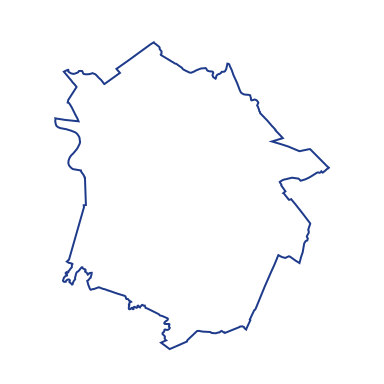 the district of Gaiseni, Giurgiu, Romania, rotated 173°
{"feature_id": "2599482B30657181659472", "entity_name": "Gaiseni", "entity_type": "district", "adm_level": 2, "iso_a3": "ROU", "parent_name": "Romania", "parent_adm1": "Giurgiu", "projection": "robinson", "projection_center": [25.635, 44.506], "detail": "fine", "context": "isolated", "style": "outline", "palette": "blue", "viewbox_px": 384, "rotation_deg": 173, "n_neighbors": 0, "source": "geoboundaries", "source_scale": "gbopen_adm2", "svg_char_len": 5947}
<svg xmlns="http://www.w3.org/2000/svg" viewBox="0 0 384 384"><g transform="rotate(173 192 192)"><path d="M252.0,323.4L249.0,319.0L265.8,309.8L266.0,309.9L266.7,311.2L268.7,314.5L270.7,316.8L273.0,320.0L273.9,320.8L276.1,322.0L276.3,322.1L278.0,321.7L280.0,321.5L282.6,321.7L284.3,322.1L285.1,322.4L285.5,322.9L285.8,323.8L286.0,324.9L286.4,325.5L288.3,325.8L289.6,325.8L290.3,324.8L291.2,324.4L294.3,323.7L295.5,323.7L297.8,324.6L300.0,326.5L300.2,327.0L299.8,328.1L300.1,328.4L301.8,328.0L304.5,327.0L298.3,317.5L297.1,315.3L295.2,312.8L294.6,311.6L294.0,311.0L293.8,310.6L293.9,310.1L303.4,298.7L303.7,298.2L304.5,295.9L303.8,295.7L303.4,295.5L302.4,293.7L300.9,290.2L298.4,283.1L296.8,279.0L296.0,276.0L309.1,279.0L318.6,281.7L318.5,281.2L319.1,279.2L319.1,277.7L318.8,275.2L318.4,274.1L317.6,273.2L316.8,272.5L315.0,271.5L309.3,269.7L304.1,267.4L300.9,265.6L300.0,264.9L298.9,263.7L297.7,261.4L297.1,259.9L297.0,255.3L297.5,253.8L299.8,250.2L301.3,248.4L304.9,245.0L307.5,243.0L308.7,241.7L309.7,240.2L310.6,238.4L310.9,237.4L311.2,235.8L311.0,234.2L310.7,233.2L309.4,231.2L308.7,230.4L308.0,229.7L307.3,229.2L299.6,226.9L299.7,226.1L297.3,221.5L296.8,219.2L296.5,219.2L298.9,192.0L301.1,192.0L301.1,190.0L322.3,139.9L324.7,138.2L323.3,137.0L322.4,136.5L320.8,136.0L319.5,135.3L319.4,135.1L320.0,134.6L320.5,131.9L321.8,130.8L322.6,130.0L323.1,129.3L324.2,128.6L324.3,127.8L324.5,127.5L325.0,127.2L325.3,127.5L326.1,127.8L327.2,127.1L327.3,126.3L326.6,126.0L326.3,125.6L326.1,124.7L326.2,124.4L327.7,124.0L328.5,123.5L329.6,122.5L330.8,119.9L330.8,119.4L329.9,118.4L329.2,118.3L328.6,118.3L328.1,118.4L328.0,118.9L326.9,119.9L325.5,120.3L324.7,120.1L324.2,119.7L324.0,119.1L324.7,117.7L323.1,115.8L322.5,115.3L322.4,114.1L322.1,114.8L321.5,115.3L321.3,116.3L320.3,117.9L318.6,119.7L318.6,120.9L316.8,125.5L315.8,126.7L314.8,127.0L313.8,127.8L313.2,128.3L312.5,129.1L310.7,130.7L310.2,130.6L310.4,130.1L309.7,129.8L309.2,129.1L308.4,128.6L307.7,128.4L307.2,127.9L307.2,127.1L307.7,126.6L307.8,126.0L306.6,125.0L306.0,124.0L305.5,122.7L304.8,123.0L304.2,123.7L303.5,124.0L302.6,124.1L301.4,124.0L301.9,122.1L302.7,120.4L303.0,119.3L304.2,118.7L304.8,117.8L305.7,117.1L306.8,116.6L306.7,115.6L306.5,114.8L306.3,112.5L306.0,111.7L305.3,108.9L304.9,107.9L304.6,107.4L303.8,107.4L302.2,107.7L301.0,107.7L296.1,108.8L294.0,107.7L291.9,106.6L290.1,106.0L287.6,104.6L287.2,104.4L287.1,104.5L279.0,100.5L271.4,97.1L270.9,96.6L270.6,96.0L270.4,94.3L270.1,93.8L269.0,93.7L268.4,93.3L267.5,91.6L266.5,91.1L266.1,90.8L265.8,90.4L267.4,89.8L268.4,87.9L268.4,87.5L268.0,87.4L268.1,86.9L268.5,86.1L268.8,85.1L268.9,84.3L268.7,83.4L268.2,83.2L267.5,83.3L266.3,83.9L266.2,84.3L265.7,84.4L265.5,84.0L265.4,83.4L264.9,82.9L264.4,82.9L264.2,83.1L264.5,84.1L263.7,84.6L263.5,85.0L262.9,85.0L261.5,84.0L261.0,83.8L260.6,84.0L260.3,84.4L260.0,85.5L259.4,85.8L259.1,85.7L258.6,84.4L257.7,83.8L257.3,84.5L256.2,85.2L255.7,85.8L255.2,86.0L254.8,86.0L254.0,85.1L252.7,85.0L252.2,82.6L250.5,81.8L240.5,75.2L239.8,74.7L239.0,73.5L236.6,72.5L232.0,69.8L231.5,69.4L231.4,68.9L231.7,68.2L232.0,67.8L234.5,66.5L235.0,66.0L235.5,65.3L235.4,64.8L235.1,64.4L232.2,63.9L231.1,63.9L230.6,63.6L230.6,62.9L231.3,61.6L231.3,61.0L230.6,60.1L230.9,59.3L231.7,58.6L232.5,58.2L233.4,58.1L234.3,58.3L235.1,58.7L235.7,58.8L236.2,58.5L236.6,56.9L237.4,56.2L238.1,56.0L238.6,54.9L238.5,54.5L236.7,52.3L236.5,51.5L236.9,50.7L236.9,49.8L236.3,48.3L235.8,47.9L241.1,46.2L233.3,38.8L215.2,44.2L214.9,45.1L214.2,45.8L203.9,53.4L202.0,53.3L199.3,52.4L197.2,51.9L191.9,51.0L190.7,50.7L189.9,49.8L188.0,49.3L185.5,48.9L182.9,49.4L182.3,49.2L181.5,49.5L180.5,50.2L179.6,50.5L177.5,48.7L176.9,48.8L176.5,48.1L161.2,52.2L160.7,52.6L158.3,52.5L156.8,51.5L156.5,50.4L155.0,48.9L154.4,50.1L149.7,57.7L150.2,58.3L144.7,67.0L143.7,67.5L142.9,68.6L131.5,89.0L123.4,102.7L119.1,109.7L114.0,118.8L110.7,116.5L107.5,115.2L103.6,116.4L102.5,115.8L97.5,111.2L94.0,108.4L91.3,115.0L89.5,118.6L86.9,127.3L85.2,129.4L84.4,129.7L83.5,129.8L82.7,131.8L83.2,132.8L83.5,133.7L83.4,134.1L81.1,137.3L80.9,138.7L81.1,139.8L81.3,140.1L80.6,141.8L78.6,145.9L78.5,146.4L84.4,156.5L90.6,166.8L93.5,171.3L94.4,172.8L96.4,172.4L96.8,172.5L100.8,179.0L101.1,179.4L101.5,179.7L99.2,181.3L102.6,187.6L102.4,188.1L102.4,188.4L103.7,191.1L103.7,191.3L101.0,192.6L99.8,193.0L90.9,194.0L84.7,192.3L84.3,192.0L82.9,190.0L82.2,190.0L77.8,190.8L74.2,192.0L71.8,193.0L65.5,196.0L64.5,196.1L63.1,195.5L62.4,195.7L61.3,196.4L61.1,196.7L60.3,195.6L59.9,195.3L57.1,197.0L55.8,198.0L54.5,198.7L53.7,198.9L53.2,199.5L54.4,200.6L69.5,220.1L70.9,220.2L80.4,219.4L90.9,225.4L98.0,228.7L106.5,232.4L95.3,234.4L97.5,237.5L101.4,242.7L101.3,243.1L101.8,243.5L101.9,244.1L103.5,246.4L104.2,247.2L108.8,254.1L114.8,262.0L114.7,263.0L115.3,263.9L115.6,266.4L116.0,267.4L116.1,268.6L116.8,269.8L116.7,270.1L116.4,270.7L115.5,272.1L115.3,272.6L115.7,273.6L116.5,274.9L117.6,275.7L118.7,276.2L120.4,275.8L121.3,275.7L121.9,275.8L122.1,276.3L122.1,278.4L122.4,279.6L122.4,280.6L122.6,281.0L123.8,281.5L126.9,282.1L128.6,282.6L130.5,283.9L131.3,284.8L132.2,287.4L134.0,294.8L136.6,303.0L137.7,308.1L139.2,312.7L139.5,314.2L140.3,314.8L141.2,315.1L143.0,310.0L144.3,308.1L144.9,307.7L145.5,307.5L147.9,307.6L148.7,306.7L150.1,305.9L151.6,305.7L153.0,305.0L153.5,304.4L154.2,302.9L154.5,301.9L154.8,301.6L156.9,303.4L157.4,305.2L157.3,305.9L156.4,307.5L156.4,308.0L156.5,308.4L157.4,309.2L159.5,309.5L161.6,310.4L161.9,310.7L162.3,311.2L162.9,312.9L163.4,313.3L167.7,313.5L168.5,313.4L172.8,312.3L174.1,311.8L175.2,311.3L178.3,310.5L179.0,310.6L180.3,311.1L185.2,314.3L186.1,315.1L186.7,316.1L186.8,316.5L189.8,319.1L191.9,321.1L193.3,321.6L194.8,322.9L196.4,324.1L206.2,331.8L206.3,332.1L205.4,333.1L205.3,334.1L205.1,335.2L205.3,335.7L205.7,336.2L206.6,337.7L206.7,338.2L206.5,338.8L206.6,339.4L206.9,340.1L207.2,340.4L209.9,343.2L211.0,344.1L211.6,344.8L211.7,345.2L215.0,343.7L240.4,329.6L252.0,323.4Z" fill="none" stroke="#1e3a8a" stroke-width="2"/></g></svg>